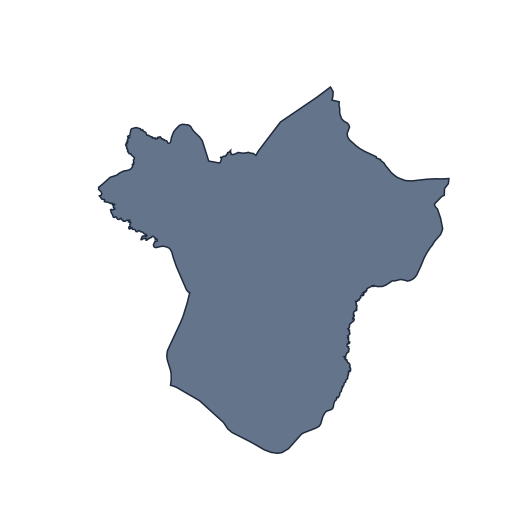 the district of Sahatsakhan, Kalasin, Thailand, rotated 287°
{"feature_id": "78962969B18941921206705", "entity_name": "Sahatsakhan", "entity_type": "district", "adm_level": 2, "iso_a3": "THA", "parent_name": "Thailand", "parent_adm1": "Kalasin", "projection": "orthographic", "projection_center": [103.587, 16.732], "detail": "fine", "context": "isolated", "style": "filled", "palette": "slate", "viewbox_px": 512, "rotation_deg": 287, "n_neighbors": 0, "source": "geoboundaries", "source_scale": "gbopen_adm2", "svg_char_len": 6121}
<svg xmlns="http://www.w3.org/2000/svg" viewBox="0 0 512 512"><g transform="rotate(287 256 256)"><path d="M275.7,85.4L275.3,85.8L273.6,86.0L272.3,88.8L270.9,90.0L269.9,90.4L268.9,90.1L267.7,88.6L266.5,90.6L265.5,91.4L265.3,92.1L265.7,94.7L264.9,95.1L264.0,94.9L263.6,95.3L264.1,98.5L263.7,101.9L264.5,102.8L264.2,103.3L263.2,103.6L262.9,104.0L264.0,104.8L264.1,105.7L262.2,105.1L260.8,105.4L260.3,106.0L260.4,107.0L259.8,107.3L258.5,106.1L258.3,103.9L257.5,103.4L256.9,103.7L256.3,104.5L255.3,104.7L253.5,106.7L251.4,108.2L251.4,109.2L252.3,110.1L252.5,110.6L250.8,112.8L250.7,113.5L250.9,114.3L252.6,115.8L251.4,116.7L251.3,118.3L250.5,118.8L250.5,119.2L251.1,120.9L252.4,122.1L253.3,124.9L252.6,125.0L251.4,124.2L251.2,126.5L249.5,126.1L247.4,127.0L246.9,126.1L246.4,125.9L245.4,126.2L244.8,127.0L244.8,127.3L246.7,128.5L246.9,128.9L246.7,129.3L245.7,129.5L245.4,130.5L245.9,131.9L245.7,132.9L244.3,134.1L244.5,135.4L246.2,136.6L245.5,138.7L245.7,140.7L244.8,142.1L244.1,145.4L243.3,145.6L242.4,145.1L242.9,143.8L241.7,141.5L238.5,141.1L238.0,141.4L238.5,142.3L240.0,143.4L240.0,144.3L240.6,145.5L240.4,146.0L239.0,146.2L239.1,146.8L242.3,149.2L243.0,150.5L244.5,151.0L244.7,151.4L243.9,154.0L242.4,154.8L243.3,155.9L243.1,156.5L241.5,157.1L241.0,156.3L240.7,155.2L237.1,154.6L236.0,154.9L234.8,156.1L234.6,157.3L234.9,158.1L237.7,163.0L238.3,165.0L238.5,168.1L238.1,170.7L237.6,171.6L235.3,174.2L230.2,177.4L222.4,183.1L203.3,199.4L201.8,201.7L201.7,203.3L191.9,203.9L177.0,203.9L169.0,203.1L140.7,199.1L138.6,199.1L134.7,199.8L130.9,201.4L121.8,207.6L118.5,209.3L112.8,211.1L107.3,212.1L107.5,214.7L107.1,218.6L101.1,244.3L87.3,273.6L82.2,279.8L80.2,284.8L76.2,307.3L73.1,320.3L72.6,327.5L73.6,334.2L75.6,338.3L81.2,343.4L99.0,351.6L100.9,353.4L109.2,363.9L111.7,366.2L114.3,367.0L121.9,366.9L125.8,367.6L128.0,368.6L131.1,372.8L132.4,373.8L134.3,374.1L138.2,373.5L140.9,374.0L141.5,374.6L142.8,374.9L144.2,374.4L144.6,374.6L144.5,375.8L145.2,376.2L147.6,376.6L149.7,376.2L151.7,377.2L153.4,376.8L155.4,377.3L156.0,376.6L156.9,377.4L158.2,377.8L160.1,377.4L161.8,378.6L163.3,378.2L165.6,379.4L166.9,379.2L167.8,378.7L168.2,379.0L170.8,379.0L172.1,378.1L172.7,378.9L173.3,378.8L173.1,379.7L174.6,379.9L175.0,379.5L176.2,379.3L176.8,378.7L176.7,378.3L177.0,378.0L178.0,378.1L179.8,377.4L180.7,376.1L181.1,374.5L182.2,374.0L182.7,373.0L183.4,373.0L183.2,371.9L183.4,371.3L184.3,371.0L184.8,371.4L185.3,369.6L185.6,369.9L185.8,370.9L186.9,371.2L187.5,370.9L188.6,371.1L189.5,371.4L190.0,371.2L191.1,372.4L191.7,372.6L192.2,372.2L193.0,372.4L194.9,372.0L195.3,370.9L195.7,370.7L196.3,370.9L196.2,369.6L197.5,369.0L198.5,369.1L199.1,370.3L200.0,370.9L200.2,370.6L200.8,370.7L200.3,369.8L201.2,370.1L201.6,369.3L203.8,368.9L204.2,368.5L204.1,368.0L204.8,368.1L205.0,367.6L205.6,368.2L206.5,367.0L208.3,368.4L209.8,368.3L210.4,367.5L212.2,367.2L212.1,366.5L213.3,365.2L213.5,366.0L214.1,365.7L214.8,366.1L215.9,366.1L217.2,365.5L218.8,366.0L222.8,368.5L224.5,368.3L224.5,367.5L224.1,367.0L224.6,366.5L227.1,367.6L228.1,367.2L227.9,366.6L228.5,366.1L229.8,366.2L230.7,365.8L232.6,366.7L232.7,367.5L233.9,368.2L234.2,367.3L235.0,367.1L235.4,367.6L238.0,367.0L238.0,366.3L238.5,366.0L239.2,366.2L240.1,365.5L240.9,365.3L240.8,365.0L241.3,364.9L241.8,364.5L242.4,366.3L243.8,366.4L244.0,367.5L244.5,367.7L245.5,367.4L246.7,368.4L247.4,368.2L247.7,367.8L248.6,368.0L249.4,368.5L249.1,369.3L249.6,369.5L249.8,370.1L250.1,370.4L250.6,370.3L250.7,369.6L252.0,370.2L252.5,369.7L252.4,369.3L252.9,369.7L253.2,370.9L253.7,371.1L253.9,370.7L254.2,370.8L254.3,371.4L254.7,371.1L255.3,372.0L257.2,371.6L260.6,375.2L261.3,375.4L261.1,376.9L261.2,377.1L261.9,376.7L262.3,377.2L262.0,378.2L262.4,381.7L263.9,385.9L266.3,388.9L272.1,393.6L272.7,395.9L275.8,401.0L276.4,405.7L276.2,407.8L277.6,410.5L280.4,413.3L282.7,414.5L285.1,415.3L294.7,416.6L303.4,417.4L308.7,418.4L315.0,420.2L317.2,421.2L321.9,422.4L330.5,426.2L334.0,426.6L336.7,426.5L346.1,421.5L354.0,415.8L355.5,413.2L356.7,412.1L357.9,411.5L367.5,416.4L369.1,418.3L375.6,416.6L381.5,418.8L386.5,417.8L384.3,412.0L382.3,405.0L379.4,397.0L373.3,382.9L371.8,376.7L372.4,368.7L373.0,366.5L375.3,360.9L378.9,355.8L379.7,354.2L382.4,351.1L383.9,347.1L384.7,346.9L384.9,342.4L386.1,341.9L387.8,329.7L388.9,324.5L390.4,320.1L394.5,311.3L396.7,308.8L399.9,307.3L406.4,307.8L408.3,306.7L409.7,304.8L410.8,300.4L412.3,297.7L416.8,294.4L421.6,292.9L424.4,291.3L427.8,290.5L427.3,283.2L431.4,282.8L435.6,281.8L439.4,277.8L425.5,267.7L391.3,240.2L357.0,227.5L352.2,226.5L353.3,223.2L352.8,221.1L352.9,218.3L351.6,216.2L350.4,213.0L349.8,208.6L347.2,205.9L345.9,203.3L346.3,202.3L346.9,202.2L347.8,201.1L348.2,201.3L348.5,200.9L349.4,200.8L346.8,199.5L346.7,198.8L345.9,198.6L345.4,198.8L343.7,197.9L342.7,197.9L341.9,195.8L340.4,194.8L340.4,193.7L339.9,193.3L338.8,194.6L335.5,194.5L334.3,194.1L333.0,183.0L350.6,170.9L353.2,167.5L356.4,161.3L358.0,158.6L360.9,155.5L361.6,153.0L360.4,147.0L358.5,144.6L354.4,142.4L350.5,140.9L344.4,140.5L340.4,141.0L338.9,140.6L338.2,139.8L338.3,138.7L340.1,136.8L339.9,134.6L340.4,134.3L340.3,133.3L340.8,132.6L340.5,131.6L342.0,129.7L340.9,127.5L340.5,127.6L340.4,128.1L339.9,127.7L339.9,127.3L339.4,127.3L339.3,126.6L339.0,126.3L339.4,125.7L338.6,125.4L339.2,124.5L338.6,123.2L339.1,122.7L338.6,122.5L338.8,121.9L339.4,121.6L339.6,118.9L340.0,118.4L339.6,116.4L342.0,114.4L342.4,111.9L343.6,110.7L342.9,109.9L343.0,108.8L343.9,108.4L343.8,103.8L341.6,100.2L340.8,99.6L339.4,99.4L334.8,100.1L332.5,97.9L332.7,98.5L332.0,98.8L332.2,99.9L331.8,99.5L330.4,99.5L330.2,99.1L329.2,99.0L328.0,100.0L327.6,99.2L327.0,99.2L327.0,99.6L326.2,99.4L325.9,99.7L325.8,98.9L324.4,99.3L324.1,98.9L323.4,99.4L323.5,99.9L322.8,100.4L321.5,100.6L320.9,101.2L320.9,101.6L319.4,102.4L319.3,102.8L318.7,102.6L318.6,102.9L317.7,103.5L317.2,104.7L316.8,104.8L317.2,106.4L316.5,106.8L314.4,111.1L312.8,111.1L311.9,110.7L309.4,112.0L309.1,111.5L308.3,112.1L307.8,112.0L308.0,111.6L307.6,111.6L307.3,111.0L306.0,111.7L304.5,111.6L302.5,110.7L301.1,109.4L298.3,104.2L295.1,100.9L292.6,99.2L288.6,93.5L279.9,88.3L275.7,85.4Z" fill="#64748b" stroke="#1e293b" stroke-width="1.5"/></g></svg>